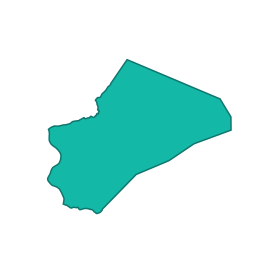 outline of Las Lajas, Comayagua, Honduras, rotated 331°
{"feature_id": "27666195B78800320029736", "entity_name": "Las Lajas", "entity_type": "district", "adm_level": 2, "iso_a3": "HND", "parent_name": "Honduras", "parent_adm1": "Comayagua", "projection": "robinson", "projection_center": [-87.665, 14.899], "detail": "fine", "context": "isolated", "style": "filled", "palette": "teal", "viewbox_px": 256, "rotation_deg": 331, "n_neighbors": 0, "source": "geoboundaries", "source_scale": "gbopen_adm2", "svg_char_len": 4956}
<svg xmlns="http://www.w3.org/2000/svg" viewBox="0 0 256 256"><g transform="rotate(331 128 128)"><path d="M57.8,90.6L57.7,91.3L57.5,92.2L57.3,93.0L57.1,93.5L56.7,94.3L56.4,95.0L56.0,95.6L54.9,97.4L54.4,98.2L54.1,98.8L53.6,99.6L53.4,100.1L53.2,100.5L53.1,100.9L53.0,101.4L52.9,101.9L52.9,102.2L52.9,102.6L52.9,102.9L52.9,103.4L52.9,103.9L52.9,104.3L53.0,104.8L53.1,105.1L53.2,105.5L53.5,106.5L53.8,107.3L53.9,107.5L54.2,108.0L54.3,108.4L54.6,108.9L54.8,109.3L55.1,109.8L55.2,110.2L55.4,110.7L55.6,111.3L55.9,112.4L56.2,113.6L56.4,114.5L56.4,114.9L56.5,115.5L56.6,116.2L56.6,116.6L56.6,116.9L56.5,117.4L56.5,117.9L56.4,118.2L56.3,118.8L56.1,119.5L56.0,119.8L55.8,120.0L55.7,120.2L55.3,120.8L54.7,121.6L54.3,122.2L53.6,123.0L52.9,123.7L52.3,124.2L52.0,124.5L51.5,124.8L51.3,125.0L51.0,125.1L50.7,125.3L50.4,125.4L49.7,125.6L49.3,125.7L48.5,125.8L47.9,125.9L47.3,125.9L46.7,125.9L45.8,125.9L45.0,126.0L44.2,126.0L43.5,126.1L43.0,126.2L42.7,126.3L42.4,126.4L42.0,126.6L41.6,126.9L41.2,127.1L40.9,127.4L40.1,128.0L39.6,128.5L38.8,129.2L38.1,130.0L37.8,130.2L37.6,130.3L37.4,130.5L37.1,130.7L35.9,131.4L35.2,131.8L34.1,132.6L33.7,132.8L33.5,133.0L33.3,133.2L33.1,133.5L33.0,133.8L32.8,134.1L32.7,134.4L32.6,134.8L32.6,135.2L32.6,135.6L32.6,136.2L32.7,136.7L32.9,137.8L33.0,138.3L33.1,138.9L33.3,139.7L33.5,140.4L33.8,141.0L33.9,141.3L34.0,141.5L34.4,142.0L35.2,142.8L35.7,143.4L36.8,144.7L37.1,145.2L37.4,145.6L37.6,146.0L37.8,146.4L38.0,146.8L38.2,147.3L38.3,147.7L38.4,148.2L38.5,148.6L38.5,149.0L38.5,149.4L38.5,150.3L38.5,150.8L38.5,151.7L38.5,152.2L38.3,154.4L38.2,155.9L38.0,157.3L37.9,158.5L37.8,158.8L37.6,159.0L37.4,159.4L37.2,159.8L36.7,160.4L36.4,160.8L36.0,161.4L35.2,162.3L34.5,163.1L35.4,164.3L35.8,164.8L36.2,165.2L36.8,165.7L37.1,166.2L37.4,166.7L38.1,168.0L38.3,168.6L38.4,168.9L38.7,169.4L38.9,169.8L39.3,170.3L39.8,170.6L41.0,170.8L41.5,170.8L42.1,171.0L42.3,171.2L43.0,171.7L43.6,172.2L44.1,172.6L45.0,173.0L45.6,173.0L45.9,173.3L45.8,174.0L45.8,174.4L45.8,174.9L46.0,175.7L46.2,176.0L46.5,176.1L47.1,176.5L47.6,176.6L48.1,176.6L48.8,176.8L49.8,177.0L50.3,177.1L50.9,177.4L51.5,177.5L52.0,177.9L52.5,178.3L53.0,178.5L53.6,178.9L54.0,179.1L54.4,179.6L54.7,180.1L55.0,180.3L55.5,180.8L56.0,181.3L56.5,181.6L56.9,182.0L57.1,182.3L57.4,182.9L57.6,183.4L57.7,184.2L57.7,184.7L58.3,185.8L58.5,186.2L58.6,186.5L58.7,187.0L59.0,187.4L59.4,187.8L60.1,187.9L60.8,188.0L61.5,188.2L62.1,188.2L63.0,188.2L63.7,188.0L64.3,187.9L64.7,187.7L65.4,187.4L66.4,186.5L112.7,172.6L148.0,176.4L178.2,173.8L217.1,179.8L223.4,168.2L222.6,147.2L160.3,67.8L134.2,80.9L134.1,81.1L133.9,81.4L133.7,81.5L132.8,81.9L132.5,82.0L131.6,82.1L130.9,82.2L130.7,82.2L130.4,82.3L130.0,82.5L129.6,82.8L129.2,83.0L128.7,83.3L128.4,83.4L128.2,83.5L127.4,84.0L127.0,84.2L126.8,84.3L126.5,84.4L126.3,84.5L125.6,84.6L125.2,84.7L124.7,84.9L124.0,85.1L123.7,85.2L123.0,85.3L122.8,85.3L122.4,85.4L122.0,85.5L121.8,85.6L121.6,85.8L120.9,86.3L120.2,86.7L119.2,87.3L118.7,87.5L118.4,87.7L118.2,87.7L117.0,87.1L116.4,86.8L116.2,86.7L115.9,86.7L114.2,87.3L113.8,87.5L113.4,87.7L113.1,87.9L113.0,88.0L112.9,88.1L112.9,88.3L113.1,88.6L113.1,88.9L113.2,89.1L113.2,89.3L113.2,89.5L113.1,90.5L113.1,90.8L113.0,91.0L112.9,91.2L112.8,91.4L112.6,91.7L112.5,92.1L112.4,92.5L112.3,93.2L112.2,94.0L112.1,94.5L112.1,94.8L111.9,95.2L111.8,95.5L111.7,95.7L111.3,96.2L111.0,96.6L110.8,96.8L110.5,97.0L110.4,97.1L110.4,97.4L110.4,97.7L110.5,98.0L110.6,98.5L110.8,98.7L110.9,98.8L110.9,99.1L110.9,99.3L110.8,99.5L110.7,99.6L110.4,99.6L110.0,99.8L109.8,100.0L109.6,100.2L109.5,100.3L109.4,100.4L109.4,100.7L109.3,100.9L109.2,101.0L108.9,101.2L108.7,101.2L108.5,100.9L108.4,100.9L108.1,100.7L107.8,100.5L107.7,100.5L107.4,100.6L107.1,100.8L107.0,101.0L106.7,101.3L106.5,101.6L106.4,101.7L106.3,101.8L106.2,101.8L105.9,101.6L105.7,101.5L105.4,101.5L105.2,101.6L104.9,101.8L104.6,102.0L104.2,102.1L103.9,102.1L103.7,102.1L103.4,102.1L103.2,102.0L102.9,101.9L102.7,101.7L102.3,101.4L102.2,101.1L101.8,100.5L101.7,100.2L101.4,100.0L101.3,99.9L101.2,99.8L100.7,99.8L100.4,99.9L100.2,99.9L100.0,100.0L99.9,100.1L99.7,100.3L99.4,100.4L99.2,100.4L98.9,100.2L98.5,100.1L98.0,99.8L97.7,99.7L96.8,99.5L96.5,99.5L96.1,99.5L95.8,99.4L95.6,99.4L95.4,99.3L95.2,99.2L94.8,98.9L94.7,98.6L94.6,98.4L94.7,98.2L94.7,97.9L94.6,97.7L94.3,97.5L94.2,97.5L93.9,97.5L93.2,97.6L92.1,97.6L91.0,97.6L90.2,97.5L89.7,97.5L89.4,97.6L89.0,97.7L88.9,97.7L88.7,97.7L88.3,97.6L86.3,96.8L85.3,96.4L84.2,96.0L83.9,95.9L83.4,95.7L83.0,95.6L82.8,95.6L82.5,95.6L81.8,95.6L81.5,95.7L80.9,95.9L80.6,95.9L80.4,95.9L79.9,96.0L79.2,96.0L78.8,95.9L78.5,95.9L78.1,95.8L77.8,95.7L77.1,95.5L76.7,95.4L76.3,95.3L75.4,95.1L74.9,94.9L74.6,94.8L74.4,94.7L74.1,94.6L73.8,94.4L73.5,94.2L73.2,94.1L72.9,94.0L72.3,93.8L71.3,93.5L70.3,93.3L69.3,93.0L68.4,92.7L68.0,92.6L67.4,92.3L66.9,92.0L66.3,91.6L64.9,90.8L64.8,90.6L64.7,90.6L63.3,90.4L62.0,90.2L61.6,90.2L61.0,90.2L60.2,90.2L59.6,90.3L59.0,90.4L57.8,90.6Z" fill="#14b8a6" stroke="#0f766e" stroke-width="1.5"/></g></svg>